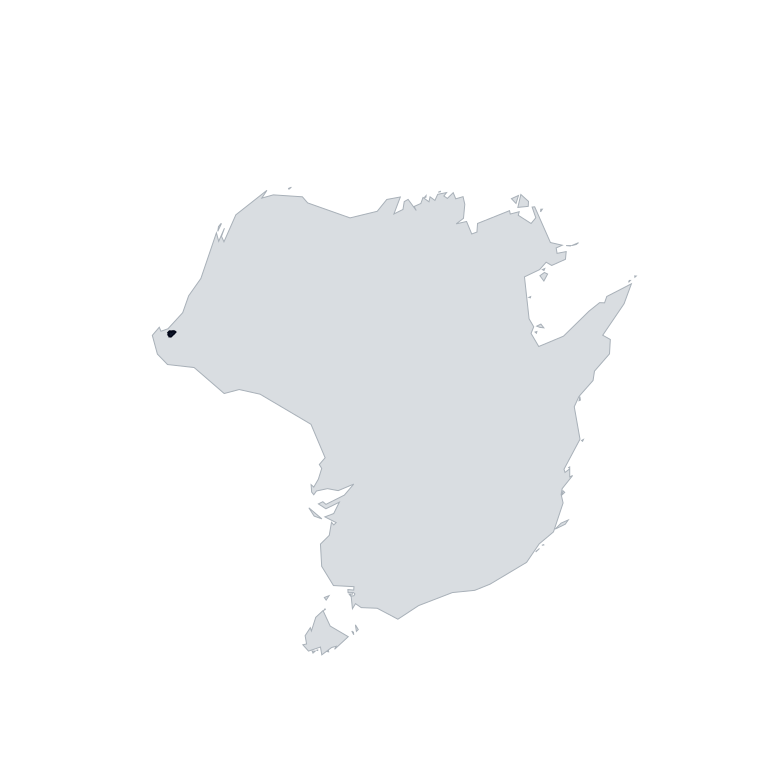 Collie, Western Australia, Australia shown in context, rotated 42°
{"feature_id": "25037944B67416490528235", "entity_name": "Collie", "entity_type": "district", "adm_level": 2, "iso_a3": "AUS", "parent_name": "Australia", "parent_adm1": "Western Australia", "projection": "equal_earth", "projection_center": [116.035, -33.274], "detail": "fine", "context": "in_parent", "style": "filled", "palette": "ink", "viewbox_px": 768, "rotation_deg": 42, "n_neighbors": 0, "source": "geoboundaries", "source_scale": "gbopen_adm2", "svg_char_len": 4790}
<svg xmlns="http://www.w3.org/2000/svg" viewBox="0 0 768 768"><g transform="rotate(42 384 384)"><path d="M508.7,163.7L513.9,201.4L522.4,199.5L531.4,210.7L531.8,233.6L537.0,241.5L537.2,262.7L540.6,273.6L566.6,293.9L574.8,326.9L577.7,328.6L578.8,322.8L584.2,328.8L585.4,325.8L586.4,342.5L589.5,347.5L596.7,352.6L608.9,380.5L606.3,399.0L609.3,421.1L596.7,461.9L589.5,476.6L574.4,493.2L558.0,525.5L551.7,549.5L529.0,555.2L516.7,565.4L509.8,566.3L510.9,572.1L501.5,563.6L503.3,561.6L502.9,559.5L500.9,559.4L496.9,563.1L494.7,560.9L499.4,557.4L497.3,554.7L481.3,567.6L459.7,561.2L443.9,545.5L444.6,533.1L437.5,521.9L441.0,522.3L441.2,519.0L429.0,522.3L433.3,513.9L429.9,501.7L424.3,515.6L415.5,517.0L417.3,512.4L421.4,512.3L428.9,493.1L428.5,478.6L421.3,493.9L412.0,499.6L405.4,508.7L405.9,513.3L402.5,512.7L397.2,507.6L400.8,507.6L398.9,498.6L394.2,488.4L389.8,487.1L389.6,478.2L356.7,462.8L298.7,474.5L280.1,485.0L271.6,498.0L231.9,498.8L210.1,514.4L195.6,513.4L179.3,502.9L179.0,492.2L183.0,494.0L186.5,487.5L186.7,465.7L179.8,449.1L177.3,428.1L158.3,383.8L165.7,388.6L161.2,375.0L164.4,383.0L169.9,385.4L160.7,357.4L167.4,318.4L168.8,327.6L175.2,317.5L198.1,299.5L206.1,300.5L247.6,283.3L263.4,260.2L262.6,245.0L271.0,234.1L277.6,251.0L281.3,241.6L277.0,234.9L278.4,230.7L291.9,233.5L287.6,231.9L290.6,225.2L288.2,219.3L295.5,218.5L293.0,214.1L299.0,213.5L297.0,207.1L302.4,199.9L302.7,204.2L306.9,203.7L307.4,195.5L313.4,198.4L317.4,191.9L323.8,196.4L332.2,207.7L330.5,216.7L336.6,208.0L348.8,213.8L351.4,208.9L346.1,202.1L361.3,171.2L364.1,173.2L369.2,165.5L370.9,168.8L385.9,166.3L385.6,158.9L375.7,153.4L377.4,151.5L413.0,167.5L423.6,161.6L420.9,167.7L425.2,171.1L430.8,163.7L435.4,169.9L429.3,183.7L423.0,185.0L423.1,194.9L416.7,210.4L448.2,238.5L457.0,241.3L459.4,248.0L473.9,252.6L485.4,228.3L487.6,192.7L489.8,179.3L493.6,176.1L491.0,169.9L500.8,144.0L508.7,163.7ZM490.3,593.2L506.0,599.9L526.5,595.7L524.8,614.2L524.0,610.9L521.4,614.8L519.0,626.9L512.8,622.0L506.6,633.0L498.2,632.1L500.4,629.0L493.8,623.8L492.3,614.4L495.3,616.1L489.4,603.0L490.3,593.2ZM358.9,151.6L369.2,151.6L372.3,155.5L365.3,163.2L358.9,151.6ZM411.0,526.3L428.1,525.8L420.5,528.9L411.0,526.3ZM432.0,192.8L433.9,200.5L427.4,199.2L428.6,193.8L432.0,192.8ZM608.3,377.3L608.7,368.9L611.9,361.8L612.5,366.9L608.3,377.3ZM523.9,582.1L529.2,583.7L529.0,586.3L523.9,582.1ZM357.8,153.9L361.3,161.5L354.7,161.0L357.8,153.9ZM485.6,583.3L482.5,582.6L484.8,578.1L485.6,583.3ZM465.2,235.3L462.0,237.6L458.8,238.8L460.5,234.5L465.2,235.3ZM158.3,381.8L155.7,377.8L155.5,374.0L155.9,373.8L158.3,381.8ZM527.4,588.9L529.3,590.6L525.4,589.2L527.4,588.9ZM588.5,343.6L590.8,343.6L590.5,347.3L588.5,343.6ZM538.0,262.3L540.7,264.6L540.1,265.9L538.0,262.3ZM511.6,628.5L511.3,631.5L509.4,630.6L511.6,628.5ZM609.6,402.2L609.2,406.8L608.9,406.7L609.6,402.2ZM385.2,151.3L383.6,149.2L384.7,148.1L385.2,151.3ZM433.5,151.7L430.9,155.5L434.0,148.8L433.5,151.7ZM610.5,396.7L609.2,398.2L610.2,396.5L610.5,396.7ZM435.1,222.0L433.7,222.7L434.5,220.9L435.1,222.0ZM426.9,192.6L425.1,193.0L426.2,190.6L426.9,192.6ZM183.5,299.7L183.0,302.8L182.2,302.5L183.5,299.7ZM497.8,142.2L497.7,144.8L497.0,142.9L497.8,142.2ZM500.8,560.6L501.1,562.0L500.5,561.6L500.8,560.6ZM430.2,156.7L426.7,159.3L430.3,156.0L430.2,156.7ZM297.3,203.3L296.0,205.2L296.9,203.1L297.3,203.3ZM513.1,626.4L511.9,627.0L512.7,625.9L513.1,626.4ZM463.3,244.3L461.5,244.3L462.5,242.7L463.3,244.3ZM290.2,217.2L289.2,218.2L289.2,215.8L290.2,217.2ZM522.1,620.1L520.5,621.0L521.2,619.3L522.1,620.1ZM499.2,135.0L499.0,136.8L498.0,135.9L499.2,135.0ZM499.7,562.5L501.0,563.9L498.7,563.5L499.7,562.5ZM569.9,293.7L568.6,293.8L569.3,291.8L569.9,293.7ZM577.7,322.5L577.1,322.5L577.7,320.9L577.7,322.5ZM491.3,590.9L490.8,592.1L490.6,590.6L491.3,590.9Z" fill="#d9dde1" stroke="#a8b0b8" stroke-width="1"/><path d="M192.3,485.2L192.3,486.0L191.6,486.0L191.6,488.0L190.1,488.1L190.3,487.8L190.3,487.5L190.2,487.5L190.2,487.4L190.1,487.5L190.1,487.8L189.9,487.8L189.7,487.8L189.6,488.0L189.5,487.9L189.4,487.9L189.4,488.0L189.4,488.9L189.1,488.9L189.1,489.7L189.2,489.8L189.1,490.2L189.3,490.2L189.3,490.3L189.5,490.4L189.5,490.5L189.8,490.6L190.0,490.7L190.1,490.8L190.1,491.0L190.1,490.9L190.1,490.7L190.1,490.4L190.1,490.5L190.2,490.4L190.1,490.2L190.1,489.9L190.3,489.8L190.5,489.8L190.4,489.8L190.5,489.9L190.6,490.0L190.3,490.0L190.3,491.1L190.7,491.1L190.7,491.8L191.2,491.8L191.5,491.8L191.5,492.2L192.2,492.2L192.7,492.6L193.0,492.7L193.3,492.7L193.2,492.7L193.2,492.4L193.1,492.2L192.9,492.0L193.1,492.0L193.5,492.0L193.5,491.9L193.6,491.6L194.2,491.3L194.2,489.7L194.3,489.7L194.3,489.2L194.3,488.4L194.4,488.1L194.4,487.6L194.5,487.6L194.5,486.0L194.5,484.7L193.9,484.7L193.9,484.9L193.1,484.9L193.1,485.2L192.9,485.2L192.3,485.2Z" fill="#0f172a" stroke="#020617" stroke-width="1.5"/></g></svg>